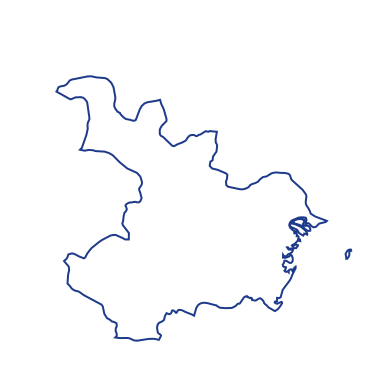 an SVG outline of Cauca, rotated 167°
{"feature_id": "COL-1404", "entity_name": "Cauca", "entity_type": "Department", "adm_level": 1, "iso_a3": "COL", "parent_name": "Colombia", "parent_adm1": "", "projection": "albers", "projection_center": [-77.137, 2.145], "detail": "fine", "context": "isolated", "style": "outline", "palette": "blue", "viewbox_px": 384, "rotation_deg": 167, "n_neighbors": 0, "source": "natural_earth", "source_scale": "10m", "svg_char_len": 5908}
<svg xmlns="http://www.w3.org/2000/svg" viewBox="0 0 384 384"><g transform="rotate(167 192 192)"><path d="M67.1,133.5L68.3,132.7L75.2,132.6L79.3,130.1L81.6,130.3L83.2,131.8L84.4,134.0L85.3,135.2L86.6,135.6L88.8,135.0L87.7,136.8L86.7,139.2L86.9,141.3L89.2,142.3L92.9,143.0L94.4,143.0L97.4,142.4L98.7,142.3L101.6,141.6L103.6,140.0L104.7,137.9L104.6,135.8L103.9,134.4L102.6,132.4L100.9,130.7L99.2,130.2L99.2,129.5L101.5,129.5L101.5,128.6L100.0,128.3L99.3,127.5L99.3,126.5L99.9,125.4L98.7,125.1L98.3,124.4L98.5,123.4L99.2,122.2L98.1,122.0L97.6,121.7L97.6,119.8L99.6,120.7L101.2,120.0L102.7,118.8L104.3,118.2L106.1,117.8L106.7,117.3L106.3,116.7L105.3,116.5L103.4,117.4L102.4,117.4L100.7,116.3L101.1,115.5L102.4,114.7L103.1,113.9L105.8,114.5L107.9,114.7L109.6,114.3L110.8,116.0L111.1,116.7L111.9,116.7L110.8,114.2L106.5,113.1L107.9,111.0L109.7,110.1L111.4,109.9L112.9,109.5L114.3,107.9L116.4,108.8L117.1,109.5L117.4,110.3L118.1,107.6L115.6,106.8L112.0,107.3L109.6,108.6L108.9,106.9L108.8,104.3L109.5,102.0L111.1,100.7L112.7,100.9L113.7,101.8L114.7,103.0L115.9,103.9L117.2,104.3L117.6,104.1L117.7,103.3L118.3,102.3L119.9,100.8L120.0,100.4L119.9,99.1L119.5,98.5L117.9,98.0L117.4,97.5L117.5,96.9L118.1,96.5L118.7,95.0L119.6,94.5L119.1,93.5L118.3,93.0L117.4,93.1L116.5,92.9L115.9,91.9L115.6,92.9L115.9,93.5L114.7,94.2L113.4,94.5L112.4,94.1L112.0,92.7L109.0,95.4L107.9,95.9L108.1,94.5L112.4,89.4L115.0,85.6L116.7,83.8L125.6,76.3L129.3,69.5L131.0,69.0L132.9,69.7L133.7,66.4L134.5,66.4L135.6,66.6L136.3,65.9L135.6,64.7L133.8,63.9L132.0,64.5L129.4,64.8L129.1,63.7L130.5,62.0L133.3,59.5L135.3,58.3L138.0,57.3L143.4,62.3L145.0,65.2L146.2,66.6L146.7,67.7L146.9,69.4L147.3,70.3L148.8,72.7L149.7,73.2L151.5,72.9L154.0,72.0L154.9,72.0L157.8,73.3L158.0,73.9L157.5,74.6L157.6,75.0L158.4,75.7L159.0,75.6L159.8,75.8L161.7,78.0L162.0,77.4L162.7,77.9L163.6,78.2L164.8,77.8L170.4,72.7L171.1,72.5L172.1,72.8L172.8,72.7L174.8,71.3L177.2,70.5L179.3,70.1L184.7,71.1L190.4,72.8L191.2,73.3L193.1,75.1L193.8,76.1L195.0,76.6L201.8,80.2L205.1,81.4L207.2,81.6L209.1,81.4L210.3,81.0L211.9,80.1L214.0,77.9L217.8,71.0L219.3,72.4L225.4,76.6L228.0,78.8L230.1,79.8L231.6,80.1L232.6,79.6L234.1,77.9L234.8,77.9L235.7,79.6L236.6,80.6L237.5,81.0L238.2,80.9L238.5,80.6L238.7,79.8L239.8,78.5L241.3,78.0L242.0,78.2L244.0,79.6L245.8,77.8L246.5,76.8L247.7,74.2L248.4,73.4L249.9,72.7L252.8,72.1L254.1,71.6L255.3,70.4L256.3,68.6L256.7,66.8L256.9,62.7L256.5,61.8L254.9,60.2L254.5,59.2L255.0,58.3L257.5,55.4L262.0,57.5L267.2,58.6L278.6,59.4L281.8,60.4L286.0,63.6L287.8,64.3L295.2,65.9L299.5,67.5L297.7,68.7L297.2,71.3L297.7,73.3L296.9,76.5L295.8,77.7L295.3,78.7L295.2,81.3L297.5,83.1L299.1,83.8L300.7,86.0L303.2,88.2L304.8,92.9L304.7,100.6L305.5,102.6L320.8,116.0L323.9,119.6L325.4,120.9L327.3,121.7L329.4,123.2L330.9,125.0L332.3,128.2L333.9,130.8L331.4,139.1L329.2,143.7L328.9,147.1L332.2,153.5L329.4,155.1L328.0,156.5L326.5,159.0L322.7,159.2L320.4,158.0L316.5,154.6L312.3,151.7L310.8,152.2L308.0,155.5L305.3,157.8L302.6,159.9L294.2,164.0L290.5,165.5L281.2,167.9L278.4,167.8L276.1,167.4L269.7,162.5L267.8,160.8L264.3,160.0L262.7,166.2L266.9,175.4L266.9,177.3L265.9,178.6L263.9,184.2L262.3,187.2L260.9,187.9L259.4,189.8L259.5,191.9L259.9,193.6L259.6,194.2L258.8,194.8L257.2,195.4L255.4,195.8L253.2,195.4L251.1,195.4L249.3,195.1L247.9,194.3L246.0,193.9L244.3,194.8L242.5,197.3L242.6,202.6L243.0,206.1L242.7,207.3L239.6,210.2L238.6,212.2L238.5,213.8L238.9,218.7L241.3,223.0L249.8,229.5L255.8,237.3L260.9,245.6L264.1,248.6L268.1,251.0L276.9,253.6L278.7,254.8L282.9,256.2L287.3,256.4L291.6,258.4L289.3,259.9L282.1,271.3L279.4,277.0L278.7,281.0L277.9,282.9L275.7,285.8L275.3,287.3L274.0,302.6L274.2,303.9L275.5,306.6L276.8,308.3L278.9,309.4L284.3,310.4L288.8,309.6L290.0,309.9L301.5,320.3L300.2,321.5L299.5,322.9L298.5,324.1L296.5,324.5L292.7,324.3L291.3,324.6L289.5,325.4L286.0,328.1L284.1,328.6L267.7,328.1L264.1,327.4L259.5,325.2L251.2,322.6L248.9,320.9L246.1,316.6L244.9,311.7L245.4,301.5L246.0,299.4L247.9,295.5L248.4,293.4L248.3,291.9L247.9,290.3L246.5,287.0L244.4,285.2L244.2,283.9L242.1,280.4L240.0,278.0L236.1,276.3L234.2,275.1L232.3,274.4L230.5,274.9L224.4,284.1L221.7,287.1L218.5,288.9L215.4,289.5L206.2,288.9L202.4,289.0L202.1,284.5L200.9,278.9L200.4,269.0L200.9,266.9L206.5,263.3L207.8,262.0L209.1,260.4L209.6,259.2L210.3,255.7L210.1,254.7L209.6,253.8L209.1,253.2L207.9,252.3L200.9,241.6L200.1,241.1L199.0,240.7L195.3,241.8L190.5,242.4L186.9,243.4L186.2,243.8L183.9,246.0L182.5,247.0L181.7,247.4L180.5,247.6L179.2,247.6L177.1,247.0L175.2,245.4L174.5,245.4L172.6,246.1L170.7,246.2L165.0,248.2L162.6,247.0L161.2,247.4L154.2,245.1L157.1,238.2L157.7,234.8L157.1,233.0L157.1,231.4L159.1,225.8L163.3,222.1L164.2,220.2L164.6,218.6L165.2,218.1L167.2,217.5L168.9,213.5L167.2,210.5L165.0,209.3L162.1,207.9L155.1,202.8L154.1,201.7L153.7,200.8L154.9,197.1L156.6,194.4L157.0,190.9L155.6,189.0L145.3,184.2L143.1,183.4L141.9,183.2L140.1,183.2L138.7,183.3L136.0,183.9L134.4,185.0L134.1,185.5L132.0,186.2L128.8,186.4L125.5,187.1L122.8,189.1L119.4,190.6L115.8,190.4L110.3,192.3L108.2,192.4L105.5,192.1L101.3,190.7L97.7,189.8L94.3,188.3L93.2,187.2L92.8,186.2L92.4,182.4L92.1,181.3L83.7,169.2L81.7,164.4L81.5,163.3L81.5,162.2L81.8,161.2L83.3,157.2L83.6,155.8L83.7,154.5L83.5,153.3L82.0,149.1L81.4,146.4L81.2,144.2L77.6,140.5L67.1,133.5ZM98.3,131.8L102.8,135.2L104.3,136.9L103.8,138.7L101.8,138.9L98.8,137.4L93.5,133.4L90.3,129.1L89.6,127.8L89.2,126.4L89.1,125.1L89.4,124.5L90.7,125.7L92.0,126.2L92.3,125.5L93.5,124.5L96.8,127.8L97.2,128.7L97.8,130.9L98.3,131.8ZM87.1,127.8L88.8,128.8L93.1,134.6L94.9,135.9L98.8,138.2L100.7,139.7L98.0,141.5L94.4,141.7L90.9,140.8L88.8,139.7L89.6,139.0L88.8,138.1L91.2,135.8L91.1,134.4L89.6,133.6L87.5,133.4L85.7,132.2L85.0,129.7L85.5,127.7L87.1,127.8ZM54.1,93.5L55.7,92.1L56.7,92.2L56.4,93.8L56.3,97.1L54.6,99.0L53.3,100.1L51.6,100.5L50.1,100.1L50.1,98.9L52.0,98.7L53.1,94.7L54.1,93.5Z" fill="none" stroke="#1e3a8a" stroke-width="2"/></g></svg>